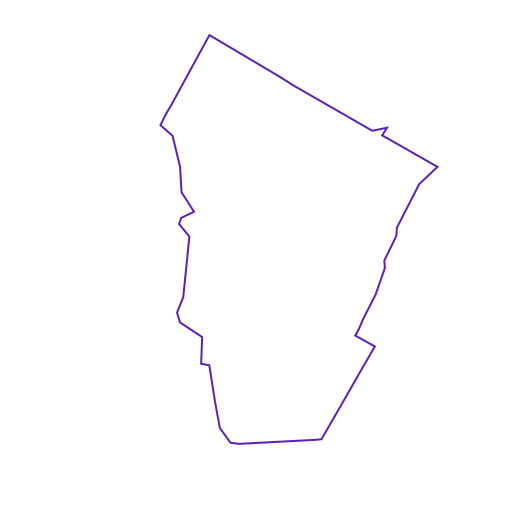 the district of Douglas, Georgia, United States of America, rotated 119°
{"feature_id": "52423323B77615738086539", "entity_name": "Douglas", "entity_type": "district", "adm_level": 2, "iso_a3": "USA", "parent_name": "United States of America", "parent_adm1": "Georgia", "projection": "orthographic", "projection_center": [-84.755, 33.69], "detail": "fine", "context": "isolated", "style": "outline", "palette": "violet", "viewbox_px": 512, "rotation_deg": 119, "n_neighbors": 0, "source": "geoboundaries", "source_scale": "gbopen_adm2", "svg_char_len": 675}
<svg xmlns="http://www.w3.org/2000/svg" viewBox="0 0 512 512"><g transform="rotate(119 256 256)"><path d="M187.9,403.0L191.3,387.3L215.0,365.5L236.4,352.0L247.3,331.7L258.9,339.9L265.3,338.8L271.3,323.7L327.2,299.7L343.8,297.6L351.0,290.2L353.0,263.8L376.9,251.7L374.2,243.9L403.2,221.3L424.0,204.2L431.7,187.7L428.5,179.7L387.4,114.0L384.5,109.9L345.4,109.2L309.3,108.8L277.5,108.2L277.5,130.6L270.3,130.6L259.2,131.7L231.7,132.7L204.2,137.4L197.6,141.6L170.4,143.0L162.9,146.5L113.9,148.1L90.1,140.5L89.3,204.1L80.3,203.6L90.1,215.0L88.7,306.5L87.8,320.6L85.4,403.8L105.4,403.7L165.5,403.3L174.6,403.6L187.9,403.0Z" fill="none" stroke="#5b21b6" stroke-width="2"/></g></svg>